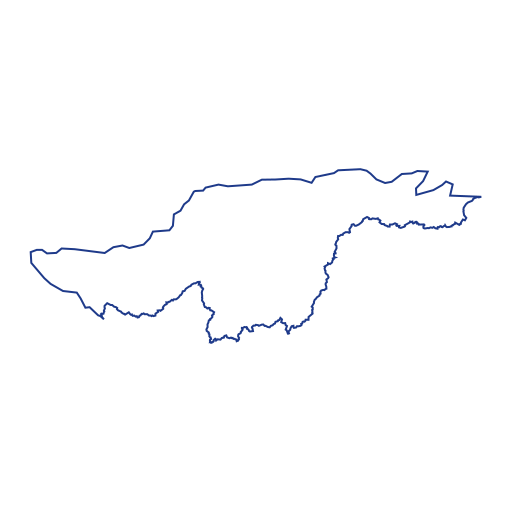 the district of At-Bashy, Naryn, Kyrgyzstan
{"feature_id": "92254566B65067062849500", "entity_name": "At-Bashy", "entity_type": "district", "adm_level": 2, "iso_a3": "KGZ", "parent_name": "Kyrgyzstan", "parent_adm1": "Naryn", "projection": "orthographic", "projection_center": [76.301, 40.827], "detail": "fine", "context": "isolated", "style": "outline", "palette": "blue", "viewbox_px": 512, "rotation_deg": 0, "n_neighbors": 0, "source": "geoboundaries", "source_scale": "gbopen_adm2", "svg_char_len": 6110}
<svg xmlns="http://www.w3.org/2000/svg" viewBox="0 0 512 512"><path d="M31.3,262.9L44.3,278.2L50.6,283.9L63.0,291.0L76.8,292.6L80.6,298.4L85.4,307.7L89.6,307.2L98.1,315.3L100.4,316.1L103.9,319.3L101.9,316.9L101.9,316.0L101.0,314.1L101.4,313.6L102.5,313.9L103.5,313.7L103.8,312.2L104.3,311.6L103.9,310.7L104.9,308.3L104.5,307.2L104.6,305.8L107.2,303.2L110.7,305.0L112.2,305.0L114.1,306.7L116.1,307.2L117.2,308.0L116.9,309.1L118.0,310.3L121.2,311.7L121.5,312.5L123.7,313.9L124.4,313.9L125.1,314.6L128.8,312.3L130.1,314.1L131.0,314.8L131.9,314.5L132.1,315.2L132.9,315.9L134.1,315.5L135.7,316.6L136.8,316.2L137.5,317.5L138.9,317.2L139.5,315.7L140.4,315.5L141.6,313.9L142.1,314.1L143.7,313.4L144.5,314.2L147.3,314.2L148.9,315.5L151.0,315.6L151.6,316.1L152.6,315.5L153.5,316.1L155.4,315.6L155.5,313.6L158.1,311.9L157.7,310.5L159.9,310.3L160.5,310.8L163.2,308.8L163.2,307.9L162.9,307.5L163.3,306.6L164.9,304.9L166.6,304.2L166.4,302.4L167.7,302.7L168.4,301.9L169.6,301.8L171.8,299.9L172.9,300.5L173.6,299.4L176.1,299.3L176.9,298.8L178.7,297.3L180.3,295.1L181.0,295.0L182.2,293.1L182.7,291.3L184.6,290.9L185.8,288.8L189.3,286.4L190.6,286.1L191.4,284.7L194.1,283.3L195.5,283.3L197.6,282.0L198.7,281.9L199.0,282.2L199.7,281.9L199.8,282.3L198.9,283.4L199.1,284.0L198.8,284.7L200.8,284.8L201.2,285.5L200.7,286.5L201.5,286.9L201.6,287.6L202.9,288.3L203.2,288.9L202.3,290.5L201.8,292.4L202.2,296.1L202.0,297.7L202.3,298.1L202.0,300.4L204.1,303.4L203.8,304.3L204.8,307.0L206.1,307.3L207.3,308.5L208.5,307.8L209.7,308.0L209.6,309.2L210.3,310.3L211.3,310.3L214.1,312.2L213.5,313.4L213.7,314.1L212.0,315.4L212.4,316.9L211.2,318.4L210.1,319.0L210.2,319.8L208.8,320.4L208.4,322.5L207.5,324.4L207.6,327.1L206.4,329.4L206.7,330.9L208.8,332.5L208.7,333.7L209.4,334.2L209.5,334.9L209.3,336.2L210.0,337.3L210.6,337.4L211.1,339.0L210.0,339.7L209.9,340.9L210.2,341.3L210.0,342.1L210.5,342.0L211.0,342.8L211.8,342.7L212.1,342.1L212.8,341.7L213.2,341.8L213.7,341.2L213.7,340.1L215.2,338.7L215.6,338.9L216.1,340.5L217.6,339.3L220.5,339.6L221.8,338.0L223.7,337.7L223.7,337.1L224.1,337.0L224.5,335.9L226.3,335.4L227.1,337.4L229.4,338.2L231.0,337.6L231.5,338.1L232.7,337.9L233.4,338.9L234.7,338.8L235.2,339.3L236.3,339.5L236.7,341.2L238.0,340.7L238.0,340.1L238.9,339.5L238.7,338.8L239.1,337.9L238.1,336.4L238.2,334.9L238.6,334.2L240.5,333.3L240.9,332.6L240.8,331.9L242.4,330.2L242.6,329.4L241.9,328.7L241.9,327.9L242.8,328.0L244.4,327.0L245.4,327.3L246.4,327.0L247.1,327.5L247.0,328.8L247.8,329.0L248.6,329.8L249.0,330.9L249.9,331.5L253.0,331.1L252.5,328.5L251.9,327.6L252.0,327.0L253.5,325.6L255.0,325.6L255.8,324.8L258.2,325.2L258.9,325.8L261.9,324.6L263.3,324.5L264.6,325.9L265.5,325.8L267.8,327.0L269.7,327.3L270.9,325.8L272.6,325.3L273.6,324.1L275.0,323.5L275.5,321.8L277.8,321.2L278.0,320.4L279.3,320.0L280.4,317.9L282.0,319.4L281.2,322.1L283.1,323.2L285.2,323.1L285.6,325.0L287.0,326.0L285.7,329.6L286.7,330.3L287.9,333.7L288.3,333.7L289.0,333.4L288.5,332.0L288.9,331.0L290.2,329.8L290.5,328.2L291.7,326.2L293.4,325.8L293.5,327.4L293.9,327.9L296.1,327.5L297.0,326.2L298.5,326.3L300.6,325.8L301.5,325.0L301.2,323.9L302.2,323.5L302.6,321.9L303.4,321.5L304.5,321.7L305.3,320.9L305.6,319.7L308.5,319.8L308.6,316.9L312.5,313.7L312.2,313.3L312.2,312.5L312.5,312.2L312.1,310.0L312.7,309.6L312.7,307.5L311.7,306.7L314.0,303.0L313.9,301.9L314.7,299.8L316.0,298.7L316.8,297.4L319.5,295.6L319.7,294.3L320.6,293.7L320.4,291.6L321.3,290.5L323.2,289.9L324.4,290.1L325.5,289.0L326.4,288.7L326.3,286.6L325.6,284.5L325.7,283.3L326.9,282.1L326.4,279.5L328.1,278.2L328.6,277.2L327.6,274.9L325.8,273.5L325.4,272.2L325.5,270.7L325.0,270.2L324.6,268.4L325.1,267.1L324.6,266.5L328.0,264.5L328.0,263.2L330.1,264.1L331.3,263.1L332.1,262.4L332.3,261.0L333.1,259.6L332.9,259.1L333.5,258.9L333.1,258.3L335.2,257.5L334.3,257.2L333.9,255.4L334.0,253.7L335.6,253.4L335.5,252.8L334.7,251.8L336.5,248.4L336.5,247.0L336.4,245.6L335.6,245.1L335.3,244.3L335.9,243.3L336.2,241.9L338.2,239.3L337.8,237.9L338.1,236.0L339.2,236.1L341.1,234.8L342.7,234.9L343.2,233.6L345.6,232.2L348.1,232.2L349.1,232.8L350.0,232.2L349.4,229.1L351.6,226.1L351.5,225.1L351.9,224.6L353.6,224.2L354.8,225.7L356.0,225.8L358.8,224.5L361.9,222.1L362.0,221.4L362.7,221.1L363.2,219.2L367.0,217.0L369.1,218.1L369.1,219.1L369.6,219.2L371.4,219.2L372.4,218.4L375.9,218.9L377.8,218.3L378.2,219.4L379.3,219.7L380.4,220.6L379.5,222.3L381.7,224.0L384.2,224.1L384.6,225.1L387.2,226.0L387.6,226.5L389.6,226.6L389.9,224.5L392.4,224.5L395.0,223.3L397.0,224.2L396.3,225.4L396.6,225.9L399.2,225.9L398.8,226.6L399.0,227.4L400.8,227.9L404.6,226.6L405.0,226.2L404.8,225.2L409.7,222.5L410.1,221.5L411.0,222.0L412.4,221.6L412.6,222.8L413.2,223.5L415.3,222.5L415.4,221.9L416.5,221.8L417.2,222.5L416.9,223.1L417.1,223.7L418.0,223.5L418.7,223.9L418.8,224.6L423.9,224.4L424.4,225.0L423.4,226.3L423.4,227.6L423.6,228.1L424.9,228.5L427.8,228.0L428.9,228.2L430.5,227.4L432.4,227.8L433.7,227.0L435.4,228.3L437.5,228.7L437.6,227.3L437.9,227.0L439.0,227.3L440.0,226.3L440.8,226.1L441.6,227.0L442.5,227.2L443.6,226.2L444.9,225.7L445.1,225.2L445.9,226.5L446.8,227.1L449.9,226.9L450.6,226.4L451.6,226.4L451.7,225.8L452.5,225.1L453.0,225.2L453.9,224.3L454.9,224.0L455.2,222.6L459.3,224.9L459.7,224.6L459.7,224.1L460.9,223.8L460.9,222.6L462.9,219.5L464.9,220.3L466.3,217.9L464.1,215.2L463.4,211.3L463.7,210.8L463.4,209.7L463.7,207.7L466.0,204.2L467.9,202.5L471.9,200.9L472.7,200.1L473.2,198.9L475.1,197.9L477.7,197.0L478.7,197.4L481.3,196.8L450.1,195.6L452.7,184.4L446.0,181.5L442.2,185.0L433.4,190.1L416.3,194.9L416.0,188.4L423.1,181.1L427.7,171.6L417.4,171.0L411.7,173.4L401.8,174.0L391.7,181.8L385.1,183.0L376.4,179.4L370.5,173.6L366.6,170.7L360.4,169.2L338.1,170.3L334.0,173.1L315.4,177.0L311.6,182.8L300.6,179.4L288.6,178.7L275.6,179.5L261.8,179.7L251.8,184.6L227.9,186.3L218.5,184.6L205.6,187.6L203.1,190.6L195.2,191.0L193.8,191.7L188.9,200.5L184.1,204.3L180.5,210.7L173.9,214.4L172.9,225.8L169.4,230.3L152.9,231.6L149.8,238.3L143.6,244.6L129.3,248.0L122.5,245.5L113.4,247.2L104.7,253.0L74.7,249.2L61.6,248.5L56.3,252.9L47.0,253.4L42.1,249.9L36.7,249.9L30.7,252.1L31.3,262.9Z" fill="none" stroke="#1e3a8a" stroke-width="2"/></svg>